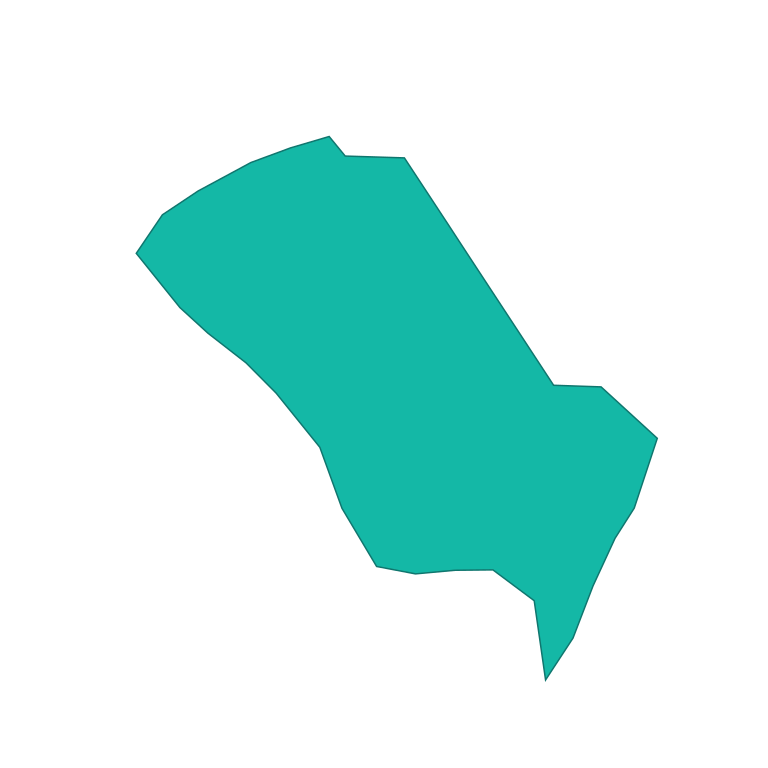 the district of Perivolia Trikomou, Cyprus, rotated 111°
{"feature_id": "46923920B19952645693487", "entity_name": "Perivolia Trikomou", "entity_type": "district", "adm_level": 2, "iso_a3": "CYP", "parent_name": "Cyprus", "parent_adm1": "", "projection": "natural_earth1", "projection_center": [33.915, 35.283], "detail": "fine", "context": "isolated", "style": "filled", "palette": "teal", "viewbox_px": 768, "rotation_deg": 111, "n_neighbors": 0, "source": "geoboundaries", "source_scale": "gbopen_adm2", "svg_char_len": 555}
<svg xmlns="http://www.w3.org/2000/svg" viewBox="0 0 768 768"><g transform="rotate(111 384 384)"><path d="M410.2,105.9L336.8,109.4L308.9,180.3L324.4,225.2L286.4,278.0L255.5,321.0L232.2,353.4L211.4,382.2L165.6,446.0L185.1,501.9L172.6,523.9L197.0,555.8L225.0,587.7L270.4,626.7L305.4,651.5L350.8,662.1L385.8,601.9L399.7,566.5L413.7,520.4L431.2,481.4L466.1,421.2L515.1,378.7L557.0,325.5L550.0,286.6L532.5,251.1L518.5,215.7L532.5,166.1L602.4,127.1L553.5,116.5L497.6,116.5L445.2,113.0L410.2,105.9Z" fill="#14b8a6" stroke="#0f766e" stroke-width="1.5"/></g></svg>